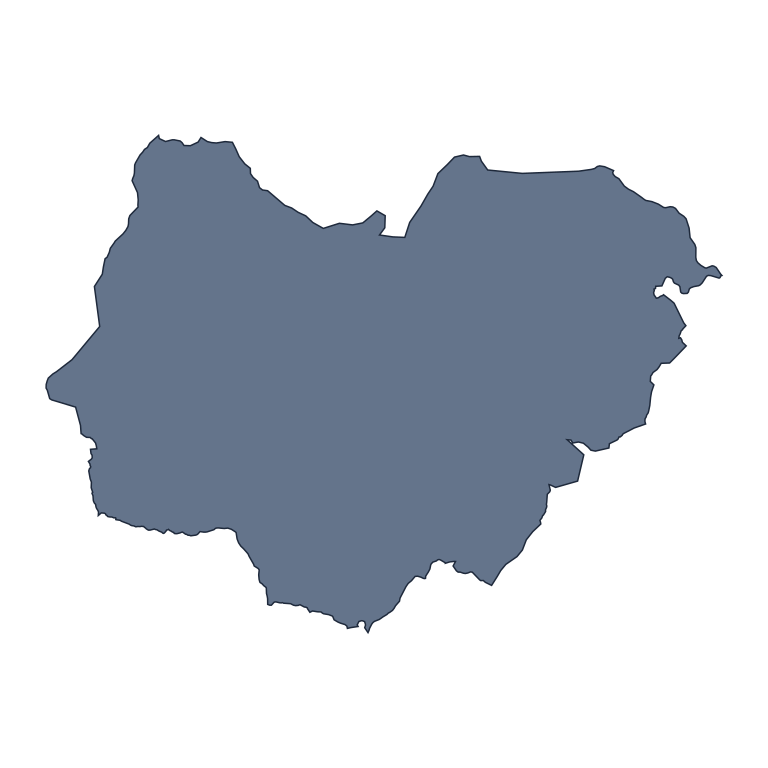 outline of Techiman Municipal, Brong Ahafo, Ghana
{"feature_id": "2480657B78695952433486", "entity_name": "Techiman Municipal", "entity_type": "district", "adm_level": 2, "iso_a3": "GHA", "parent_name": "Ghana", "parent_adm1": "Brong Ahafo", "projection": "robinson", "projection_center": [-1.972, 7.526], "detail": "fine", "context": "isolated", "style": "filled", "palette": "slate", "viewbox_px": 768, "rotation_deg": 0, "n_neighbors": 0, "source": "geoboundaries", "source_scale": "gbopen_adm2", "svg_char_len": 6065}
<svg xmlns="http://www.w3.org/2000/svg" viewBox="0 0 768 768"><path d="M90.5,449.3L91.0,453.5L92.1,455.3L92.2,457.3L92.2,457.8L91.4,459.1L88.4,461.4L90.0,464.1L90.1,465.4L90.7,466.5L90.5,467.7L89.5,468.6L88.9,470.4L88.8,471.1L90.2,478.9L91.4,482.1L91.2,487.7L92.7,492.3L92.2,492.8L92.0,493.4L93.0,495.7L93.3,500.3L93.6,501.4L94.4,503.1L95.6,504.4L96.0,506.9L96.6,508.5L97.8,510.3L98.5,512.0L98.3,515.5L101.3,512.9L104.5,513.2L105.5,513.8L105.8,514.8L107.1,515.6L107.4,516.3L107.9,516.6L110.1,517.0L111.8,517.0L114.0,517.9L115.3,517.7L115.9,518.2L115.8,519.6L116.0,519.7L120.1,520.3L121.4,521.2L129.3,524.2L130.5,525.1L131.7,525.6L133.8,525.9L135.8,526.8L137.8,526.5L140.2,526.6L141.2,526.3L143.7,526.5L144.4,527.3L145.5,528.0L146.2,528.8L148.3,530.1L150.1,530.1L154.4,529.0L155.4,529.5L157.0,529.8L159.0,531.1L161.8,532.2L162.7,533.1L163.5,533.4L164.2,533.1L164.8,532.5L166.1,531.0L166.5,530.1L168.2,529.7L168.4,529.4L170.2,530.8L171.1,531.1L172.3,532.0L173.7,532.4L174.2,533.4L174.8,533.6L176.9,533.7L180.1,532.9L181.4,532.3L182.6,532.1L185.5,534.2L186.5,534.3L187.9,535.2L189.5,535.3L190.8,535.8L195.9,535.1L197.1,534.6L198.0,533.9L200.0,531.6L203.6,532.1L205.6,532.1L207.1,531.9L213.9,529.7L215.4,528.4L216.2,528.1L218.1,527.9L224.2,528.5L227.8,528.1L231.4,529.3L235.3,531.8L236.1,532.5L237.1,538.9L238.6,542.8L240.8,546.1L243.7,548.9L248.0,553.8L249.2,556.5L253.6,564.2L254.2,566.0L258.2,568.5L259.2,569.9L258.7,574.9L259.1,579.4L259.8,582.0L260.1,582.5L262.1,583.8L263.8,585.7L265.8,587.2L266.3,588.0L266.5,593.5L267.1,595.8L267.6,598.6L267.7,604.4L269.7,605.2L271.4,605.2L274.0,602.3L274.8,602.0L276.0,601.9L279.7,602.8L281.4,602.9L282.3,602.6L283.6,603.2L290.6,603.7L293.5,605.2L296.0,605.7L296.9,605.4L297.9,605.5L300.0,604.7L304.3,607.0L306.0,607.2L307.3,607.9L307.5,608.7L309.9,612.3L312.5,611.0L317.5,611.8L320.3,611.9L321.3,612.1L322.3,613.1L323.7,613.8L328.6,614.6L332.2,616.0L332.7,616.4L334.1,619.8L338.0,622.1L340.6,623.2L345.1,624.6L346.9,626.1L347.4,628.4L350.8,627.6L358.1,626.5L357.2,624.9L358.9,621.5L361.6,620.7L362.5,620.8L364.6,621.6L365.4,624.1L365.5,625.2L364.7,627.7L368.0,632.6L369.0,630.4L369.6,628.3L371.7,624.2L372.8,622.7L374.4,621.4L379.2,619.5L380.7,618.5L382.9,616.9L386.9,614.5L388.5,612.9L389.4,612.6L392.5,610.4L394.1,608.3L395.5,605.8L399.5,601.2L400.0,598.3L400.6,597.0L406.0,586.6L408.2,583.4L411.5,580.7L415.1,576.4L417.6,576.2L421.0,577.2L423.2,578.3L424.4,578.6L425.5,578.4L425.7,576.1L428.4,571.9L429.9,569.0L430.7,565.0L431.2,563.9L432.9,562.1L436.5,560.9L437.5,559.9L439.0,559.5L440.2,559.8L445.3,562.8L445.3,563.3L449.8,561.9L454.4,561.4L455.5,561.5L453.1,566.0L456.4,570.8L458.1,572.1L460.2,572.1L463.3,573.2L465.3,573.5L467.8,573.0L470.5,571.9L472.3,572.2L479.7,579.9L480.7,580.6L483.3,580.5L485.3,582.3L491.6,585.4L497.1,576.7L500.7,570.6L505.8,564.4L517.0,556.6L522.4,550.0L526.3,539.8L532.7,531.7L540.8,524.0L540.5,522.1L539.9,520.4L541.8,518.0L542.7,515.5L543.4,515.1L545.6,511.5L545.5,509.8L546.6,507.3L546.8,506.0L546.4,504.4L546.7,502.4L547.3,494.3L549.8,491.7L550.3,490.2L549.0,484.6L550.2,484.9L555.6,487.4L577.6,481.1L583.8,454.8L567.1,439.7L570.9,440.0L572.8,443.0L578.4,442.0L583.4,443.2L588.2,447.2L590.9,450.2L595.4,451.1L608.9,448.0L609.4,443.7L616.9,440.1L617.9,439.3L619.1,436.9L620.3,436.9L622.2,435.3L622.5,434.6L623.4,433.6L634.2,428.0L645.6,424.0L645.0,421.9L644.9,420.6L645.1,418.7L646.1,417.1L646.7,415.0L648.1,413.0L648.7,410.9L649.8,405.5L650.6,397.3L651.4,392.6L651.7,391.3L653.9,384.9L650.3,381.4L650.7,376.0L651.7,374.8L653.0,372.5L657.0,369.6L659.0,367.0L661.2,363.3L669.6,363.0L673.9,358.7L686.2,345.9L682.4,342.3L681.8,339.9L680.5,337.8L678.8,338.3L679.2,335.7L680.2,333.8L681.1,330.9L682.6,329.6L682.7,329.1L685.9,325.7L683.7,322.8L674.1,303.2L670.5,300.1L663.5,294.7L662.7,295.5L660.4,296.3L658.6,297.6L656.8,298.2L656.2,298.1L655.8,297.3L654.1,295.0L653.6,292.7L654.3,290.5L654.0,289.1L655.5,288.5L655.7,286.3L661.9,285.9L665.3,278.3L667.3,276.7L670.2,277.5L671.7,278.3L672.7,279.3L673.4,281.7L674.4,283.1L678.7,285.1L679.9,286.7L680.7,292.0L681.9,293.2L683.5,293.6L687.2,293.4L688.4,292.1L689.3,289.0L690.6,287.8L693.8,286.6L698.7,285.7L700.2,284.9L702.2,282.9L706.5,276.3L708.2,275.4L710.8,275.6L719.1,278.1L720.0,277.6L720.9,275.8L721.9,275.5L720.5,273.9L716.2,267.5L713.8,266.1L712.1,265.8L706.3,268.1L704.9,267.8L700.9,265.4L697.9,262.8L696.4,260.6L695.8,257.3L695.9,247.7L694.8,244.4L690.1,237.7L689.1,228.1L686.1,218.8L683.8,216.3L679.1,213.2L675.5,208.4L672.9,207.0L670.2,206.7L665.7,207.7L663.7,207.5L658.3,204.1L651.9,201.6L645.7,200.4L643.6,199.0L641.6,197.4L633.5,191.7L628.5,189.2L624.3,186.1L618.9,178.7L615.2,176.6L613.2,174.3L612.7,172.5L613.6,170.6L604.6,166.7L599.7,165.9L597.3,166.5L594.7,168.5L591.3,169.4L578.6,171.2L522.3,173.4L487.7,170.0L481.4,161.2L479.6,156.4L469.4,156.6L463.5,155.0L454.5,157.1L447.3,164.6L437.9,173.6L433.1,186.2L427.8,194.1L421.0,206.0L409.7,222.4L404.8,237.4L392.9,236.9L379.5,235.0L384.8,227.8L385.2,215.7L376.9,210.9L370.9,216.2L362.8,222.9L352.6,224.9L339.4,223.3L323.3,228.4L312.8,222.5L305.8,215.9L298.1,212.3L291.7,208.0L284.8,205.4L267.6,190.7L262.5,190.0L259.5,187.6L257.5,181.2L253.1,177.4L250.5,173.6L250.3,168.3L244.8,163.9L239.2,156.7L235.8,149.0L232.4,142.3L225.1,141.6L216.4,143.0L211.7,142.6L207.4,141.6L201.0,137.5L198.1,142.1L190.4,145.7L184.0,145.5L182.1,142.7L180.2,141.0L174.2,139.8L172.3,139.8L165.5,141.5L159.3,138.6L158.6,135.4L149.8,143.2L147.4,147.5L144.5,149.4L142.7,152.1L140.1,154.9L135.5,162.9L134.7,165.0L134.4,173.1L133.9,175.7L132.7,178.5L132.1,180.7L137.5,192.6L138.2,199.9L137.9,205.1L138.1,207.0L129.9,215.5L128.7,218.8L128.5,223.9L128.0,226.5L125.8,230.4L122.9,234.0L115.3,241.0L114.1,243.0L110.3,248.3L109.3,252.3L107.1,257.2L105.1,258.7L103.4,266.9L102.3,274.2L94.4,286.5L99.7,326.5L72.0,359.7L56.5,371.7L52.8,374.0L48.3,378.1L47.2,380.9L46.2,384.4L46.1,388.1L47.3,390.2L49.7,398.6L51.7,399.9L75.6,407.1L80.5,425.4L81.1,433.6L82.1,434.1L83.6,435.5L86.5,437.3L90.3,437.5L91.4,438.7L92.2,438.8L95.5,442.9L96.3,445.7L96.8,448.8L90.5,449.3Z" fill="#64748b" stroke="#1e293b" stroke-width="1.5"/></svg>